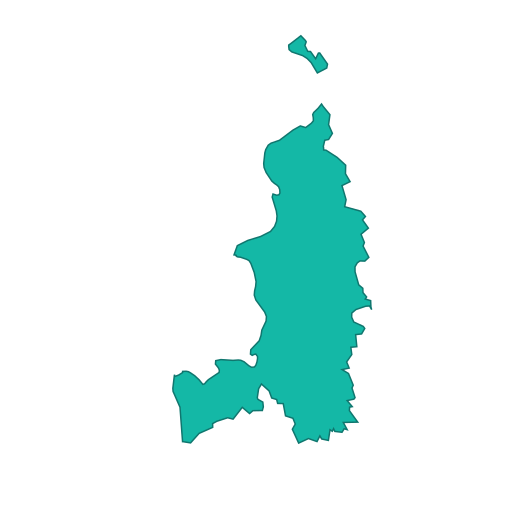 SVG path tracing the border of Hainaut, rotated 73°
{"feature_id": "BEL-2", "entity_name": "Hainaut", "entity_type": "Province", "adm_level": 1, "iso_a3": "BEL", "parent_name": "Belgium", "parent_adm1": "", "projection": "equal_earth", "projection_center": [3.881, 50.373], "detail": "fine", "context": "isolated", "style": "filled", "palette": "teal", "viewbox_px": 512, "rotation_deg": 73, "n_neighbors": 0, "source": "natural_earth", "source_scale": "10m", "svg_char_len": 2897}
<svg xmlns="http://www.w3.org/2000/svg" viewBox="0 0 512 512"><g transform="rotate(73 256 256)"><path d="M173.7,222.4L169.8,221.6L160.0,217.4L157.1,215.6L153.6,211.9L152.5,208.7L152.2,199.7L146.4,183.8L144.6,175.6L147.7,170.9L145.2,164.2L143.5,161.6L140.5,160.8L137.3,160.4L135.6,158.8L132.9,153.4L129.8,148.9L132.5,148.1L142.5,144.0L151.6,148.2L161.1,147.1L165.8,152.5L165.4,156.4L170.9,159.6L172.2,159.7L174.4,160.3L175.3,158.1L185.4,149.6L195.4,143.7L203.5,146.4L212.4,144.3L213.8,153.2L228.5,153.4L234.8,156.8L243.8,142.7L250.2,139.8L252.6,143.6L262.2,140.4L265.9,149.2L274.8,148.4L277.8,150.7L290.3,148.5L292.7,153.4L291.1,158.1L292.2,161.2L295.3,164.5L300.1,165.9L313.6,166.2L318.1,163.3L322.3,164.4L327.5,162.2L329.1,164.1L332.2,159.4L338.3,161.0L341.1,161.1L337.0,162.0L336.1,165.7L336.4,176.1L338.6,181.1L342.5,182.4L347.7,181.8L354.7,174.0L357.1,173.2L361.4,177.8L360.3,183.7L372.2,186.1L371.0,192.0L378.2,193.2L383.8,200.3L390.4,199.7L389.8,206.9L395.4,201.9L408.0,200.8L410.3,202.8L420.4,202.7L421.5,204.2L420.9,211.1L428.2,208.0L427.9,210.7L431.2,211.9L444.6,207.3L440.7,221.2L448.7,219.6L447.0,222.2L449.7,225.3L446.8,231.9L443.8,232.3L445.9,234.3L443.8,236.0L453.5,240.7L450.2,246.7L446.7,247.5L451.3,251.9L445.9,259.2L447.4,269.9L432.3,271.9L428.2,267.6L422.0,268.1L417.5,274.5L405.1,273.1L403.3,278.4L399.3,278.2L396.4,282.5L388.9,282.9L380.0,288.2L383.7,292.3L391.9,296.2L393.6,296.1L397.7,292.2L402.4,293.1L405.6,295.1L403.0,304.2L404.8,308.2L396.7,313.4L405.3,325.6L402.4,330.4L402.6,341.8L403.6,346.5L407.2,347.5L409.0,362.3L415.6,373.2L412.6,379.3L412.0,380.4L412.0,380.5L378.4,372.9L364.6,374.5L361.3,374.9L358.2,374.2L345.7,368.7L345.9,368.7L347.5,368.8L347.2,364.6L346.0,360.3L344.9,359.9L345.8,356.5L346.9,354.4L348.6,352.8L352.6,349.6L357.8,346.6L363.2,344.4L363.2,342.5L361.7,340.3L360.3,337.6L356.6,325.3L354.3,324.4L351.9,324.7L347.5,326.4L344.3,325.1L344.8,319.9L349.1,308.5L350.3,303.3L351.3,301.0L353.7,298.3L358.9,294.9L361.1,292.8L361.7,289.9L360.3,288.0L357.5,286.0L354.5,284.5L352.5,283.9L349.7,284.9L349.6,286.7L349.9,288.7L348.2,290.0L344.1,288.4L338.0,277.7L333.4,274.4L328.6,272.1L321.2,265.4L316.9,263.7L312.1,264.1L298.0,269.0L292.9,269.1L288.9,267.5L285.1,265.3L280.5,263.4L271.2,262.5L261.5,263.1L258.4,264.0L256.6,265.7L252.6,271.2L251.6,273.6L251.0,274.4L250.0,275.0L249.7,274.7L249.3,274.9L248.5,276.7L240.6,270.8L238.7,259.2L238.7,245.9L236.8,235.0L233.2,229.6L228.8,226.2L223.9,224.2L218.8,223.4L204.4,223.3L201.7,221.6L203.9,218.5L204.2,216.2L202.8,214.7L199.6,213.9L196.4,214.1L194.1,215.4L191.9,217.2L188.9,219.0L179.1,221.9L173.7,222.4ZM68.3,164.0L64.9,163.4L63.8,163.0L62.9,160.3L58.5,148.7L64.4,145.7L65.9,145.4L69.0,147.7L75.4,146.7L76.4,144.1L84.8,141.3L80.2,137.0L80.5,135.7L93.4,131.5L96.9,133.4L98.7,142.8L98.9,143.8L87.2,146.7L82.1,149.3L78.0,152.8L71.3,162.1L68.3,164.0Z" fill="#14b8a6" stroke="#0f766e" stroke-width="1.5"/></g></svg>